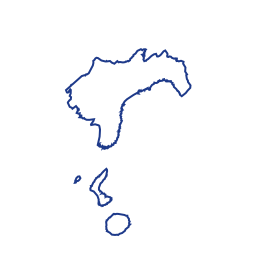 Kota Manado, Sulawesi Utara, Indonesia (Equal Earth projection), rotated 227°
{"feature_id": "22746128B83673204362612", "entity_name": "Kota Manado", "entity_type": "district", "adm_level": 2, "iso_a3": "IDN", "parent_name": "Indonesia", "parent_adm1": "Sulawesi Utara", "projection": "equal_earth", "projection_center": [124.782, 1.539], "detail": "fine", "context": "isolated", "style": "outline", "palette": "blue", "viewbox_px": 256, "rotation_deg": 227, "n_neighbors": 0, "source": "geoboundaries", "source_scale": "gbopen_adm2", "svg_char_len": 5836}
<svg xmlns="http://www.w3.org/2000/svg" viewBox="0 0 256 256"><g transform="rotate(227 128 128)"><path d="M176.8,191.2L178.0,187.5L177.3,184.3L177.7,181.8L176.9,180.8L177.1,179.6L176.8,178.3L177.1,177.0L176.2,175.7L176.4,173.9L177.1,173.7L177.7,171.9L178.1,171.7L178.2,170.7L179.4,169.0L181.8,167.1L182.5,165.9L184.2,165.8L184.3,161.9L186.7,160.8L189.3,160.5L191.0,158.1L191.6,158.0L191.5,157.5L192.0,156.9L195.5,154.6L199.7,153.7L200.9,152.8L201.1,151.5L200.7,149.8L200.8,148.4L199.2,147.1L197.7,144.9L194.8,136.6L195.1,134.7L195.8,134.1L195.5,132.6L196.3,132.2L197.5,129.6L197.8,116.6L198.2,116.2L198.2,115.4L197.8,115.0L198.0,108.5L195.7,107.6L194.9,108.1L194.7,109.6L195.2,110.0L195.6,112.1L194.8,112.1L192.4,109.7L191.2,107.2L189.4,107.4L188.0,105.7L188.2,104.1L187.8,101.7L187.5,101.2L183.2,99.8L181.2,100.7L180.0,100.5L179.5,104.9L177.2,104.7L175.8,103.8L175.6,104.9L175.2,104.8L174.6,104.0L174.8,102.7L174.0,100.7L172.6,101.4L171.7,102.7L171.4,102.3L171.5,101.0L171.3,101.7L170.1,101.5L168.3,102.9L169.1,101.3L168.9,99.9L167.4,101.2L165.6,101.6L165.2,102.7L164.0,102.6L162.3,103.3L160.4,105.2L157.6,109.1L156.7,107.5L155.9,103.4L155.3,103.1L153.1,106.5L149.9,108.4L149.0,108.4L146.0,106.5L143.0,103.4L141.0,101.3L136.7,95.0L136.1,96.2L135.7,94.3L134.6,94.5L134.7,95.2L135.1,95.4L134.8,95.7L134.3,94.5L133.8,94.5L133.3,94.9L133.6,95.0L133.3,95.7L132.5,95.6L131.9,96.1L132.1,97.0L131.0,96.7L130.7,96.2L130.7,97.3L130.2,97.9L130.4,98.1L129.6,98.7L129.5,98.0L129.1,98.1L128.9,96.6L128.6,96.8L128.6,97.9L127.1,99.2L127.1,99.9L127.5,99.7L127.4,100.3L128.2,100.8L128.1,101.2L127.3,100.7L126.6,102.3L126.8,102.3L126.1,103.2L126.7,104.6L126.2,104.4L125.7,105.8L126.5,107.5L125.5,108.8L126.5,109.9L126.9,109.9L126.6,110.9L127.1,112.3L127.9,113.0L128.2,113.9L127.9,114.4L129.1,115.8L129.2,116.5L130.0,116.6L131.2,118.4L131.6,118.3L131.3,119.0L131.5,119.6L132.7,119.5L132.7,120.5L133.2,121.1L133.3,122.1L134.0,122.0L134.3,122.9L134.8,122.7L135.5,124.0L136.3,124.4L136.1,125.2L137.4,128.4L138.2,128.2L139.2,129.5L140.4,129.6L141.1,130.9L142.4,130.8L143.0,132.0L142.4,132.4L142.8,132.2L142.9,132.7L143.3,132.7L143.3,133.3L144.2,134.1L144.8,135.3L145.0,134.9L145.1,135.9L145.8,136.1L145.4,136.5L146.0,136.6L145.9,136.2L146.3,136.2L146.5,136.8L146.9,136.6L147.2,136.9L148.5,139.7L146.9,140.2L147.6,140.1L147.7,141.3L148.3,141.1L148.1,140.0L148.7,139.9L148.7,140.3L148.3,140.4L148.9,140.9L149.7,143.6L149.7,146.9L148.4,154.7L147.4,158.7L147.2,159.1L146.6,158.7L146.1,159.1L147.0,159.2L147.2,159.6L146.7,160.8L146.2,160.6L147.3,161.1L147.8,161.0L147.9,161.8L146.9,161.8L146.8,162.6L146.6,162.4L146.8,161.7L146.0,161.3L146.4,161.6L146.3,162.2L146.1,162.7L145.8,162.6L144.8,166.1L144.3,166.0L144.6,166.6L144.1,168.5L143.9,168.0L142.9,170.0L142.6,169.4L142.8,168.9L142.4,169.7L141.6,169.5L141.1,169.9L141.2,170.5L142.3,171.5L142.6,172.5L143.1,174.9L142.6,177.1L143.2,178.2L142.5,178.5L141.3,179.8L141.1,181.9L141.4,181.6L141.7,182.2L141.4,182.9L141.1,182.7L141.2,183.6L140.4,183.6L139.1,185.5L139.0,186.1L139.6,186.8L139.2,187.5L138.7,186.9L138.9,186.6L137.4,187.8L136.2,187.6L135.5,188.2L136.1,189.1L134.7,189.4L133.5,190.8L133.4,190.5L132.8,191.2L132.1,190.8L130.5,191.3L130.1,190.4L128.3,190.3L128.2,190.7L126.8,189.6L123.5,189.9L122.1,189.6L121.4,189.8L121.2,189.5L119.8,189.9L118.9,189.4L118.0,189.5L117.0,188.7L114.6,189.0L114.2,194.1L114.7,197.2L114.9,200.9L116.6,202.8L120.8,203.3L121.8,204.1L123.7,204.5L127.0,206.7L126.9,207.7L130.3,208.3L133.1,211.3L137.4,212.2L138.6,213.8L141.0,212.6L142.1,210.6L143.0,210.2L143.8,209.2L144.8,209.5L145.1,210.9L145.6,211.1L146.2,210.2L146.8,210.0L147.2,209.0L149.3,208.0L150.9,208.0L152.1,207.1L152.3,206.1L153.2,205.4L154.0,205.7L154.6,206.8L155.6,207.6L159.3,208.1L159.8,206.3L159.2,202.1L159.3,200.2L159.8,198.7L160.5,198.1L163.1,199.1L164.2,197.2L164.7,194.3L164.7,189.8L165.1,188.1L164.9,186.9L165.3,186.7L165.8,185.5L167.6,186.0L168.4,187.5L169.8,187.9L169.5,189.3L170.4,189.6L170.6,188.4L172.0,188.3L171.1,190.7L172.5,191.3L172.2,192.6L172.9,193.0L173.2,194.6L173.9,194.3L174.9,193.0L175.2,191.5L176.8,191.2ZM67.3,43.0L67.0,42.2L63.9,43.3L61.0,43.5L58.6,45.6L57.3,47.4L56.5,47.8L56.3,49.8L55.2,52.1L54.9,55.7L55.6,57.1L55.3,61.1L56.0,61.7L56.1,63.7L56.8,63.2L57.9,64.1L58.5,65.5L59.7,65.6L60.9,66.7L63.3,67.0L64.3,67.7L65.2,66.7L66.8,66.1L71.8,62.3L73.0,61.1L73.7,59.8L74.2,59.7L74.6,58.8L75.0,58.7L74.8,53.8L75.2,53.5L75.2,52.6L74.8,50.3L75.0,49.6L74.7,49.5L74.6,48.6L74.1,47.8L74.3,48.8L74.0,47.8L71.6,46.0L70.8,44.8L69.3,43.9L69.0,43.2L67.3,43.0ZM91.4,54.5L91.2,55.0L89.9,55.2L89.0,56.4L88.6,56.1L88.4,56.6L88.2,56.6L88.2,57.5L87.7,58.6L87.2,59.1L87.3,60.0L86.7,60.7L87.2,61.6L86.9,61.7L86.9,62.7L86.6,62.7L86.8,62.8L86.4,63.9L86.7,65.4L87.1,65.7L86.5,66.3L86.8,67.1L87.9,68.0L88.2,67.6L87.6,67.4L87.8,67.0L88.3,67.5L88.4,68.0L88.4,67.7L88.5,67.9L89.2,67.8L89.2,67.7L88.7,67.8L88.3,67.5L89.8,67.5L91.6,66.4L92.3,65.8L92.1,65.3L92.5,65.7L92.8,65.3L93.2,65.5L92.8,65.0L92.9,64.9L93.3,64.9L93.4,65.7L93.3,64.9L94.6,66.0L95.1,65.6L96.2,65.9L96.6,65.2L97.5,64.7L97.9,64.9L98.1,64.4L98.2,64.9L99.6,64.9L100.3,64.9L100.6,64.5L100.8,64.8L102.6,64.6L104.2,66.1L106.2,70.1L106.1,72.0L106.9,75.1L106.6,76.1L107.2,77.5L107.4,77.8L107.3,78.3L108.0,79.4L107.7,79.8L108.9,81.2L108.5,80.2L110.7,83.3L111.9,84.2L112.9,84.3L113.0,80.0L112.8,79.5L112.9,78.8L112.5,76.4L112.7,75.8L112.5,75.7L112.4,74.9L112.7,74.6L112.4,74.3L112.5,73.7L112.3,73.6L113.0,72.7L112.6,72.0L113.1,70.6L112.8,70.4L112.4,67.9L111.7,66.8L111.8,65.5L110.4,62.1L110.6,61.8L110.3,61.8L110.4,61.1L109.3,59.0L108.0,58.2L104.9,59.7L99.2,59.4L95.7,57.8L94.4,56.5L93.6,56.4L93.6,55.9L92.4,54.7L92.1,55.1L92.3,55.6L91.8,55.5L91.4,55.0L92.0,54.7L91.4,54.5ZM124.2,51.8L123.7,52.5L124.2,54.2L123.3,55.6L123.3,57.2L123.8,59.0L125.7,59.5L126.6,58.3L126.6,56.2L125.3,53.3L124.6,52.7L124.2,51.8Z" fill="none" stroke="#1e3a8a" stroke-width="2"/></g></svg>